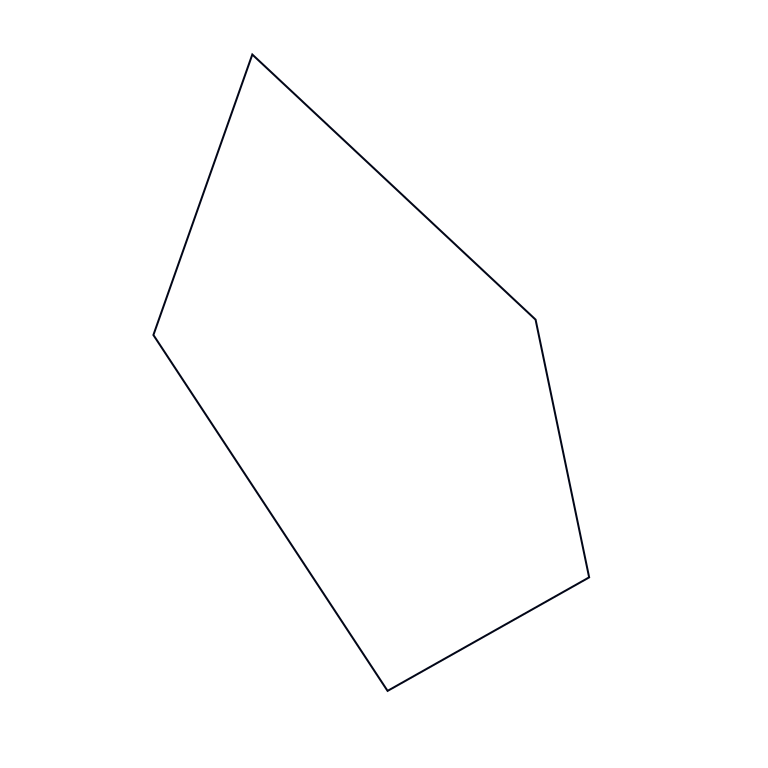 Mont Buxton, orthographic projection, rotated 190°
{"feature_id": "SYC-5214", "entity_name": "Mont Buxton", "entity_type": "state/province", "adm_level": 1, "iso_a3": "SYC", "parent_name": "Seychelles", "parent_adm1": "", "projection": "orthographic", "projection_center": [55.442, -4.613], "detail": "fine", "context": "isolated", "style": "outline", "palette": "ink", "viewbox_px": 768, "rotation_deg": 190, "n_neighbors": 0, "source": "natural_earth", "source_scale": "10m", "svg_char_len": 237}
<svg xmlns="http://www.w3.org/2000/svg" viewBox="0 0 768 768"><g transform="rotate(190 384 384)"><path d="M245.9,473.7L148.4,229.2L327.2,82.4L619.6,392.2L570.9,685.6L245.9,473.7Z" fill="none" stroke="#020617" stroke-width="2"/></g></svg>